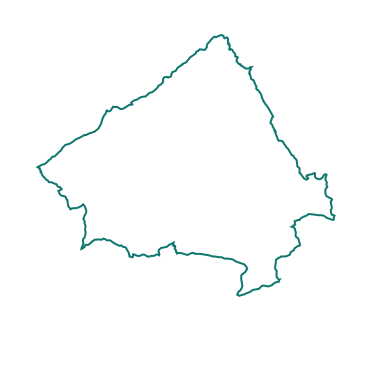 the district of Villeta, Cundinamarca, Colombia, rotated 59°
{"feature_id": "7082276B61730001772347", "entity_name": "Villeta", "entity_type": "district", "adm_level": 2, "iso_a3": "COL", "parent_name": "Colombia", "parent_adm1": "Cundinamarca", "projection": "mercator", "projection_center": [-74.484, 5.006], "detail": "fine", "context": "isolated", "style": "outline", "palette": "teal", "viewbox_px": 384, "rotation_deg": 59, "n_neighbors": 0, "source": "geoboundaries", "source_scale": "gbopen_adm2", "svg_char_len": 5863}
<svg xmlns="http://www.w3.org/2000/svg" viewBox="0 0 384 384"><g transform="rotate(59 192 192)"><path d="M246.8,67.9L246.0,67.9L245.3,68.9L245.5,70.5L246.5,72.0L247.0,73.8L247.0,75.6L246.0,77.2L244.6,78.2L243.3,78.7L242.2,78.7L239.5,77.0L239.1,77.1L238.7,77.5L238.6,79.7L237.0,84.4L237.1,85.5L237.6,85.9L238.4,85.8L239.6,85.2L240.0,85.3L240.4,86.0L240.4,87.5L239.7,88.1L237.7,89.1L231.7,89.5L231.0,90.1L228.6,88.4L226.8,87.6L224.3,88.5L218.9,86.0L217.3,86.0L215.9,86.5L213.1,86.5L211.7,87.5L204.5,87.4L202.2,88.1L200.0,88.0L197.9,88.4L197.1,88.1L195.3,88.4L194.4,88.8L192.7,91.2L191.7,91.4L183.3,89.9L183.4,89.3L181.9,89.1L181.7,89.6L181.4,89.6L180.3,89.2L177.8,89.1L175.5,88.7L173.1,89.2L169.8,85.4L169.5,84.8L169.4,83.8L168.2,83.6L160.0,83.3L154.9,83.6L154.4,83.9L150.9,83.8L150.9,84.0L149.2,83.6L147.2,83.6L146.8,83.3L144.5,82.6L142.5,82.5L138.6,82.9L137.6,83.7L137.2,83.7L136.0,83.5L135.2,82.6L130.5,82.1L129.3,81.8L127.6,81.7L126.7,82.3L126.9,82.4L125.5,83.0L124.0,82.7L122.7,81.9L121.3,82.2L120.3,81.4L119.7,81.9L118.9,80.8L118.3,80.7L117.8,80.1L117.2,78.5L116.7,78.6L116.1,78.1L115.6,76.7L115.0,78.1L115.4,78.7L115.2,80.1L113.9,82.3L113.3,82.8L112.4,82.9L111.0,83.9L110.1,83.9L109.4,84.2L108.6,85.1L108.3,85.2L107.6,84.7L105.9,86.1L103.6,86.2L103.2,86.6L102.7,86.4L101.6,85.6L100.3,83.5L100.0,83.5L99.2,83.8L98.6,84.8L98.1,85.1L96.5,84.2L95.5,83.9L92.9,84.4L91.5,84.2L90.5,84.4L89.5,85.2L89.6,86.4L88.9,86.6L86.0,84.1L83.8,84.9L83.5,83.7L82.0,83.9L80.1,82.9L79.4,82.2L77.5,82.4L77.0,85.0L76.3,85.1L74.7,84.8L73.5,85.1L72.6,86.0L72.1,87.9L71.7,91.6L71.2,92.3L70.7,92.5L70.4,93.4L71.2,97.2L72.1,99.2L73.0,102.5L74.2,104.0L75.6,104.8L76.1,106.3L76.8,107.4L76.2,108.7L73.7,111.8L74.2,114.0L73.9,116.0L75.1,117.5L75.3,118.2L75.6,124.1L77.8,130.2L77.4,133.9L77.8,134.3L77.5,135.0L77.9,136.0L78.1,140.3L79.8,143.7L79.1,147.1L80.4,148.9L82.1,150.5L81.6,153.5L80.3,154.3L79.5,156.6L79.6,157.4L80.4,158.8L82.4,159.8L83.2,160.8L83.2,161.7L83.9,163.2L83.7,163.8L83.7,166.2L84.5,167.2L85.0,168.7L85.6,171.6L86.0,174.8L85.1,177.2L86.2,182.6L85.4,184.0L84.3,187.5L84.5,191.2L83.8,194.0L83.8,197.1L84.2,198.2L86.2,198.1L86.1,198.9L85.0,200.6L85.2,207.5L84.6,209.6L83.9,210.6L80.9,212.1L80.3,212.6L79.0,215.0L78.3,215.5L78.7,216.7L80.1,219.2L80.4,220.8L79.7,222.4L78.3,222.9L78.9,224.1L80.5,225.9L80.9,227.5L83.0,230.8L86.7,234.9L89.1,238.9L89.5,240.2L90.1,244.3L88.7,250.9L88.6,253.1L88.7,253.6L87.6,255.0L87.8,256.6L87.5,261.7L87.0,263.9L87.6,268.6L87.6,272.1L86.4,276.4L87.6,280.8L88.8,282.7L89.5,286.6L90.8,291.2L90.0,293.1L90.0,294.1L91.0,296.6L91.0,298.6L91.7,300.5L92.0,302.7L92.0,304.9L91.4,306.2L91.1,311.6L92.0,311.2L92.9,310.3L93.4,310.2L94.2,311.0L96.6,310.6L97.0,310.9L97.1,311.6L98.3,311.3L100.9,311.6L102.8,311.4L104.2,310.8L105.7,310.8L108.5,309.5L109.5,309.7L110.0,309.5L111.3,307.4L114.4,305.3L115.3,304.3L115.9,304.1L117.9,304.3L118.7,303.9L119.8,302.7L120.5,302.4L121.7,302.7L122.0,302.3L122.4,302.3L122.5,304.9L122.1,305.9L124.4,306.3L126.3,306.4L127.6,305.8L130.8,302.9L133.1,303.2L134.2,303.2L134.8,303.0L138.5,304.7L140.7,305.4L143.2,305.0L144.2,305.1L144.2,303.6L145.1,301.4L146.0,300.1L146.9,296.7L147.0,294.2L146.5,291.7L148.2,291.4L150.2,291.4L153.5,292.2L155.2,293.3L157.2,296.7L158.2,297.7L159.0,299.0L161.8,299.0L163.4,300.2L165.7,300.5L169.3,303.1L171.5,303.8L172.2,304.3L173.9,305.6L175.9,307.8L176.5,309.8L178.2,310.9L179.6,311.3L180.5,311.8L183.3,315.7L183.9,316.1L183.9,312.6L182.6,310.8L182.7,309.9L183.8,308.5L183.8,307.5L183.5,305.4L183.2,304.6L183.3,303.6L182.9,302.9L183.1,301.9L182.7,300.2L183.5,298.8L184.3,296.8L186.2,294.3L186.4,293.7L186.3,292.4L186.5,291.7L188.0,290.6L189.8,289.7L190.8,287.7L191.9,286.6L194.0,286.0L194.9,285.3L195.9,285.2L196.8,284.3L197.7,284.0L200.7,281.9L201.0,281.4L201.3,280.1L203.5,279.4L203.8,278.8L205.3,277.4L211.6,277.5L212.4,277.7L212.9,278.2L214.2,278.2L215.1,278.8L215.7,277.9L216.7,277.5L217.2,276.5L216.8,275.6L215.1,274.7L216.1,273.4L218.5,271.8L219.2,271.0L220.0,269.1L220.0,267.6L220.2,266.6L221.2,265.1L224.7,263.2L225.4,261.6L225.9,259.4L227.2,257.5L227.2,255.1L227.5,254.1L229.3,252.7L228.3,251.9L225.5,251.2L224.6,250.2L224.2,248.6L224.1,247.3L226.0,242.0L225.5,238.5L225.9,237.0L225.9,233.8L228.3,235.8L228.8,235.7L229.0,234.7L229.5,234.3L230.4,234.6L231.7,236.0L232.3,236.1L233.9,235.7L235.2,236.6L236.3,236.2L237.0,236.5L237.2,234.9L239.3,232.2L243.4,228.6L243.8,227.4L244.1,223.6L245.3,221.9L246.6,221.2L249.0,217.2L254.6,210.5L258.2,207.1L259.3,205.2L261.4,203.0L263.3,200.1L265.1,199.0L266.3,197.9L267.0,196.3L270.6,191.9L274.4,190.0L281.0,184.4L284.8,183.9L286.2,184.2L288.0,187.6L288.5,192.0L289.3,193.0L292.3,194.8L298.3,197.1L300.1,199.1L300.9,200.5L301.2,201.1L301.3,202.7L301.2,203.1L302.8,205.6L303.2,206.1L305.2,205.1L306.7,199.8L306.7,198.4L307.6,193.7L307.3,191.8L307.4,190.0L309.5,184.5L308.4,180.3L309.2,178.6L311.8,175.8L312.5,174.5L313.0,171.3L312.5,169.2L312.5,166.9L313.6,163.8L312.6,162.9L312.2,162.0L312.0,162.5L310.6,163.0L308.2,163.1L305.7,161.8L304.1,160.4L303.0,160.1L301.2,160.3L299.7,159.8L293.2,154.6L293.3,152.7L293.0,151.8L293.4,150.3L293.1,149.0L295.7,144.3L296.1,140.3L294.4,138.4L294.3,134.4L293.1,133.2L292.9,129.5L293.3,127.2L293.2,126.7L286.6,124.8L284.1,125.9L282.9,125.8L280.0,123.7L278.3,123.4L276.2,122.7L275.0,122.9L273.7,124.0L273.8,123.7L273.4,123.8L273.1,123.6L272.9,122.5L273.2,120.7L273.1,120.3L270.0,119.2L270.0,117.9L270.5,116.6L270.4,115.8L271.4,114.4L270.6,112.3L270.6,109.3L271.2,105.7L271.0,103.2L275.0,98.0L276.6,96.2L278.8,92.8L280.1,91.3L283.8,89.6L286.9,87.1L288.3,85.8L288.7,85.0L288.5,84.5L286.5,83.3L285.7,82.0L285.1,82.3L283.4,83.9L280.1,83.0L279.1,82.4L278.2,80.9L277.4,80.2L272.0,78.2L271.5,77.8L270.9,76.1L270.4,75.8L269.3,76.0L268.1,77.0L264.9,78.8L262.7,78.6L260.9,77.9L258.9,76.6L258.3,76.0L257.2,73.3L255.1,73.1L253.2,71.5L250.1,71.2L248.6,70.3L246.8,67.9Z" fill="none" stroke="#0f766e" stroke-width="2"/></g></svg>